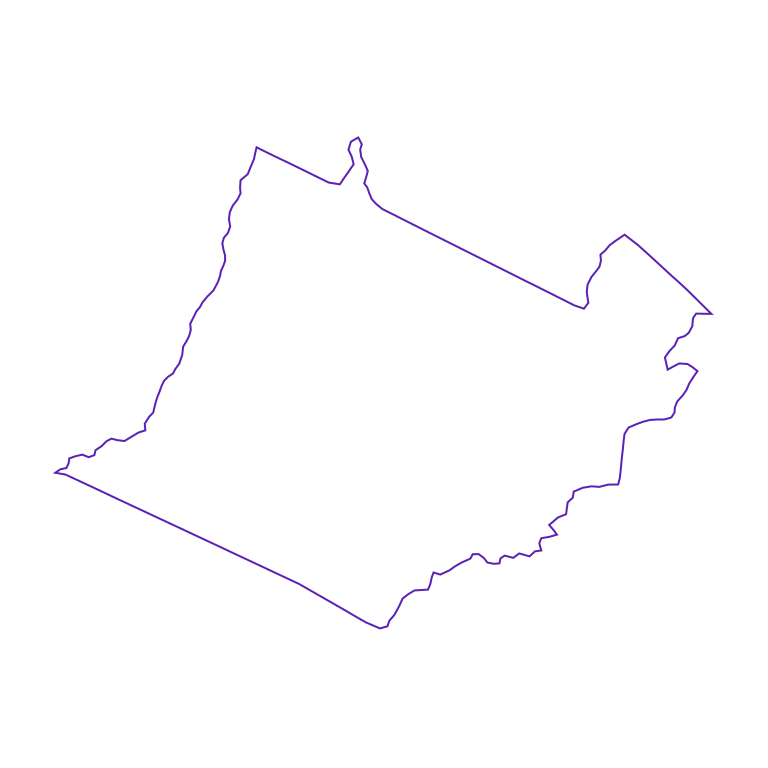 Sooretama, Espírito Santo, Brazil (Natural Earth projection), rotated 274°
{"feature_id": "56859067B28785690649681", "entity_name": "Sooretama", "entity_type": "district", "adm_level": 2, "iso_a3": "BRA", "parent_name": "Brazil", "parent_adm1": "Espírito Santo", "projection": "natural_earth1", "projection_center": [-40.136, -19.069], "detail": "fine", "context": "isolated", "style": "outline", "palette": "violet", "viewbox_px": 768, "rotation_deg": 274, "n_neighbors": 0, "source": "geoboundaries", "source_scale": "gbopen_adm2", "svg_char_len": 2627}
<svg xmlns="http://www.w3.org/2000/svg" viewBox="0 0 768 768"><g transform="rotate(274 384 384)"><path d="M272.5,62.3L271.5,72.4L261.4,98.8L257.5,108.9L253.0,120.3L214.4,220.6L178.6,313.2L155.3,361.4L151.8,368.4L144.9,382.6L139.9,397.0L142.5,404.3L148.3,405.9L154.3,410.4L163.6,414.7L171.4,417.6L176.2,423.1L180.2,428.8L181.0,435.0L182.0,442.3L187.9,444.2L194.4,445.1L199.4,446.6L197.8,453.4L202.5,462.0L207.0,467.5L211.3,473.9L215.8,482.3L220.4,484.4L220.9,490.3L217.6,495.5L213.1,499.7L212.3,506.2L213.1,511.7L218.1,512.3L221.2,516.3L219.6,525.2L224.4,530.7L222.2,541.2L227.6,546.3L228.9,552.5L236.0,550.0L241.1,551.6L243.2,560.0L245.8,567.0L249.9,563.5L254.9,558.6L263.0,566.9L266.8,574.7L273.1,575.1L278.8,575.5L283.7,580.2L289.9,580.8L294.3,589.4L296.4,598.0L296.4,605.9L299.3,614.8L300.1,624.6L306.8,625.8L313.5,626.1L326.5,626.4L335.4,626.8L345.2,627.1L350.9,627.4L357.6,631.0L361.6,638.7L364.7,645.8L366.7,651.9L367.7,659.3L368.2,666.3L370.7,673.0L375.8,675.8L381.0,675.8L387.0,677.7L393.5,682.8L399.2,686.2L405.9,688.5L412.7,692.2L418.7,695.8L422.5,690.3L425.1,685.4L425.1,677.1L421.7,671.5L418.1,666.0L430.0,662.4L436.6,666.3L442.5,671.2L450.2,674.2L452.8,680.7L456.3,684.4L463.0,687.5L471.3,687.7L476.0,690.5L476.3,696.7L476.8,705.7L499.3,679.5L508.1,668.5L511.8,663.6L531.5,639.0L540.3,627.7L549.7,613.6L542.9,604.9L538.2,599.4L532.3,595.1L528.2,590.9L522.1,591.8L516.2,590.8L512.0,588.2L505.3,583.5L497.5,580.2L490.2,579.8L485.3,580.8L479.3,582.2L473.1,578.2L475.7,568.4L491.6,530.4L495.9,519.9L540.6,412.6L558.5,370.0L563.2,363.5L567.5,358.9L573.1,356.1L578.9,353.6L582.7,350.3L589.2,351.8L595.4,353.0L601.6,349.7L608.9,345.4L616.2,343.9L621.6,345.1L628.1,341.1L623.4,334.1L615.2,332.2L608.6,335.9L601.1,338.4L593.8,334.1L586.5,329.7L580.1,326.0L581.1,314.8L597.7,274.0L604.2,257.4L611.2,240.4L606.5,239.6L599.3,238.6L590.5,235.6L583.9,233.5L577.3,226.7L570.0,226.7L564.2,227.6L558.0,225.1L551.3,220.6L544.6,218.2L537.5,217.8L530.4,219.6L523.8,217.8L518.8,214.1L513.1,212.9L507.2,214.4L501.1,216.5L495.7,216.9L490.1,215.3L485.6,213.5L480.2,212.9L473.6,211.0L465.4,207.3L459.1,201.8L452.9,197.3L448.0,195.1L443.4,191.8L436.5,189.0L430.6,186.5L424.3,187.5L418.1,186.2L413.2,184.1L407.2,181.0L398.9,180.7L389.9,178.3L384.4,174.8L379.7,172.7L376.0,167.9L371.9,164.4L366.7,162.3L360.4,160.5L353.4,158.3L345.8,156.8L339.5,155.8L335.0,152.1L327.8,148.1L321.1,149.1L318.5,142.6L314.5,136.8L309.0,129.1L309.4,121.7L310.5,115.9L307.5,111.1L302.4,106.7L297.9,100.9L292.8,100.0L290.4,94.5L292.5,88.0L290.4,81.2L287.8,75.2L282.8,74.9L278.0,73.0L276.4,67.2L272.5,62.3Z" fill="none" stroke="#5b21b6" stroke-width="2"/></g></svg>